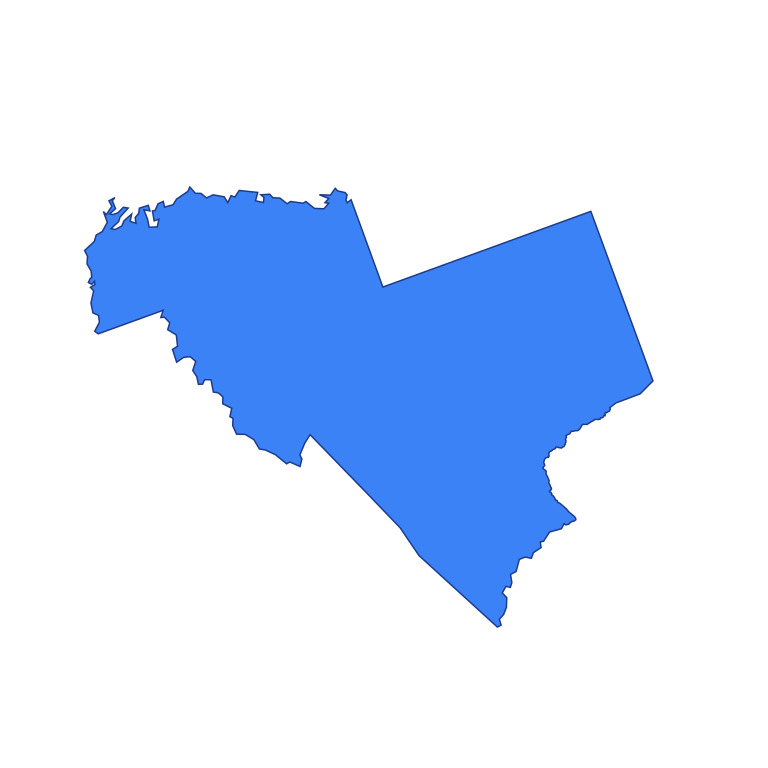 the district of Gila, Arizona, United States of America, rotated 340°
{"feature_id": "52423323B99315051552268", "entity_name": "Gila", "entity_type": "district", "adm_level": 2, "iso_a3": "USA", "parent_name": "United States of America", "parent_adm1": "Arizona", "projection": "robinson", "projection_center": [-110.874, 33.741], "detail": "fine", "context": "isolated", "style": "filled", "palette": "blue", "viewbox_px": 768, "rotation_deg": 340, "n_neighbors": 0, "source": "geoboundaries", "source_scale": "gbopen_adm2", "svg_char_len": 3543}
<svg xmlns="http://www.w3.org/2000/svg" viewBox="0 0 768 768"><g transform="rotate(340 384 384)"><path d="M179.3,126.0L179.3,137.4L171.4,144.4L164.5,145.6L160.6,150.9L148.3,156.2L149.1,162.5L146.0,169.6L147.4,177.9L145.8,183.8L143.9,184.5L140.9,187.5L143.5,190.4L147.1,188.4L146.4,191.7L141.2,192.7L143.0,197.2L136.3,207.7L134.8,217.6L139.2,221.9L137.7,228.6L130.2,235.5L132.6,239.1L201.7,239.2L197.0,245.2L200.5,246.1L203.6,253.2L199.3,259.0L205.6,266.9L202.9,277.9L197.1,279.1L196.6,292.6L205.0,290.4L211.3,292.1L214.8,298.4L208.9,305.9L210.6,313.1L209.5,320.8L213.5,322.1L216.9,318.6L222.9,320.9L220.9,333.2L225.2,335.6L228.2,340.9L225.7,347.5L232.6,354.7L228.0,362.0L230.4,364.6L227.6,371.3L228.3,380.7L236.4,383.9L242.7,391.8L244.7,402.5L249.8,405.3L257.9,413.4L265.2,425.7L268.8,425.1L276.9,432.8L281.2,426.4L280.7,421.9L289.2,412.6L297.2,406.3L325.3,469.0L330.7,481.0L350.0,524.7L355.6,546.9L358.2,557.2L407.4,651.2L411.6,650.6L412.0,644.4L417.5,641.6L422.6,635.8L426.3,626.8L423.7,620.8L429.4,615.9L433.2,618.3L436.2,614.4L437.8,606.2L444.0,605.4L451.2,595.1L457.5,594.9L462.8,598.2L466.9,593.5L475.7,591.4L476.8,585.9L480.2,586.3L489.0,579.7L501.2,580.7L505.5,576.8L505.7,577.0L506.7,578.6L509.8,578.9L511.7,577.8L514.0,577.6L515.9,577.8L517.8,577.2L518.2,575.8L517.5,573.4L514.0,567.5L512.6,563.6L509.1,557.3L508.4,556.1L506.7,554.6L506.9,552.8L505.4,551.4L505.5,549.5L504.6,546.7L503.7,545.8L504.1,544.5L503.7,542.7L503.1,542.6L502.9,541.3L504.2,540.7L505.2,540.4L505.7,538.9L505.5,538.5L505.4,536.8L505.4,535.0L505.0,533.3L506.1,531.3L506.0,528.8L505.9,526.8L505.6,524.7L505.7,523.2L506.6,521.7L506.0,520.0L505.1,518.9L504.6,517.2L505.8,516.3L507.1,515.6L507.3,514.8L507.3,514.0L507.2,512.3L509.1,509.7L511.0,508.7L512.5,508.8L513.4,509.2L514.5,508.2L514.8,506.7L515.6,504.9L516.7,504.2L517.8,504.3L520.3,503.5L523.1,503.2L523.7,502.3L525.0,502.3L526.2,503.4L529.0,504.9L529.8,504.5L531.7,504.3L533.5,502.8L534.3,501.3L534.8,501.2L535.6,499.6L535.6,498.0L537.3,496.5L537.2,494.8L539.2,494.4L541.5,494.3L543.6,492.6L546.3,493.2L548.2,493.4L550.0,494.1L552.3,493.4L554.6,491.6L556.6,489.9L558.0,490.3L560.9,491.4L563.8,490.8L566.9,490.1L568.6,490.1L569.6,489.3L571.9,490.0L573.0,490.6L575.0,491.0L575.5,490.0L576.5,489.8L577.1,490.4L578.5,490.1L579.6,489.1L580.9,489.4L581.4,488.6L581.0,487.6L582.5,486.5L583.0,487.1L584.1,487.0L584.8,486.7L586.6,486.6L588.1,484.9L588.0,483.5L595.6,481.1L600.9,481.1L614.7,480.9L615.5,480.9L621.3,480.9L637.8,473.1L637.8,461.5L637.8,441.8L637.4,292.5L416.1,292.5L416.1,199.6L411.3,201.1L411.4,200.2L411.2,198.2L411.4,197.6L412.6,196.2L412.8,195.1L413.6,194.1L414.0,193.9L413.0,190.9L406.5,186.7L405.1,183.4L398.3,188.2L388.0,184.1L395.6,190.8L390.5,193.4L393.9,195.2L387.5,198.8L378.7,195.2L373.0,185.8L369.8,186.4L358.5,180.5L354.7,181.5L349.7,173.6L343.4,171.1L341.5,166.6L333.0,164.1L335.0,167.6L332.8,172.2L325.9,167.9L330.9,160.8L314.1,152.6L307.8,157.3L304.7,154.7L299.3,160.1L297.8,153.4L288.2,147.8L280.9,148.4L277.2,142.3L272.0,140.3L268.9,132.5L265.6,135.9L252.3,139.3L247.1,143.4L238.3,142.7L239.0,136.9L233.2,137.4L228.3,142.7L225.6,142.2L223.8,152.1L228.8,152.1L224.7,158.8L216.9,156.3L218.2,148.4L218.0,138.2L223.3,141.3L223.6,135.5L214.3,135.1L211.8,139.8L207.1,142.5L205.9,148.1L201.1,144.4L205.0,138.0L195.5,141.7L191.7,145.8L184.3,146.9L180.6,144.7L190.2,140.6L193.0,136.9L203.8,131.2L199.5,128.8L192.7,132.1L187.3,132.1L184.3,130.4L191.7,127.4L191.4,118.9L194.9,116.8L188.2,117.8L189.1,123.9L181.0,129.9L179.3,126.0Z" fill="#3b82f6" stroke="#1e3a8a" stroke-width="1.5"/></g></svg>